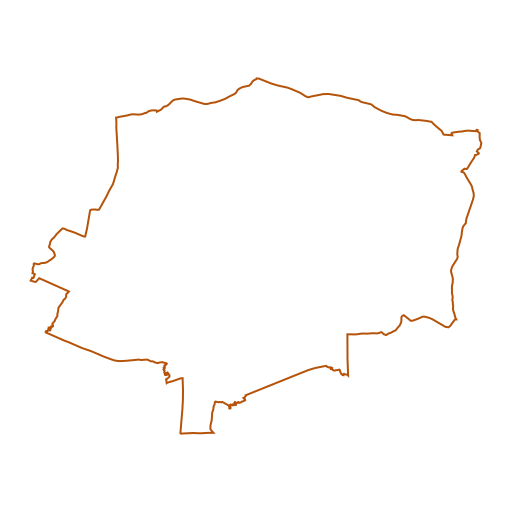 Boghicea, Neamt, Romania
{"feature_id": "2599482B80770086652967", "entity_name": "Boghicea", "entity_type": "district", "adm_level": 2, "iso_a3": "ROU", "parent_name": "Romania", "parent_adm1": "Neamt", "projection": "orthographic", "projection_center": [27.101, 47.06], "detail": "fine", "context": "isolated", "style": "outline", "palette": "amber", "viewbox_px": 512, "rotation_deg": 0, "n_neighbors": 0, "source": "geoboundaries", "source_scale": "gbopen_adm2", "svg_char_len": 5986}
<svg xmlns="http://www.w3.org/2000/svg" viewBox="0 0 512 512"><path d="M479.7,133.1L477.0,131.0L477.6,130.1L476.8,129.8L476.3,130.2L475.6,131.2L467.8,130.6L464.4,131.0L462.2,131.5L459.8,131.6L453.9,132.4L451.8,133.0L451.5,133.3L452.3,135.3L443.6,134.6L441.5,130.7L439.3,129.0L434.4,124.8L431.4,121.7L430.0,121.6L426.5,120.9L418.3,120.0L416.1,120.2L412.8,120.0L409.9,118.9L406.7,117.0L404.9,116.2L397.7,114.9L392.5,114.5L386.7,112.9L381.5,110.8L374.5,107.1L372.0,104.9L370.7,104.2L361.8,102.1L360.6,101.6L358.7,100.2L346.8,97.7L340.8,95.9L328.8,94.0L323.3,94.1L310.7,96.6L309.0,97.2L307.4,97.1L305.1,96.0L300.4,92.9L291.5,89.1L287.4,87.6L278.2,85.6L271.5,83.6L258.9,78.6L256.6,78.4L256.4,79.1L254.1,80.2L252.6,81.4L250.8,84.1L249.1,85.7L243.2,86.9L240.4,88.0L237.7,89.8L236.2,92.5L235.3,93.4L233.9,94.3L229.9,96.2L225.0,98.9L219.7,100.9L215.5,102.3L210.7,103.0L207.7,103.9L204.6,104.0L194.9,101.2L190.0,99.5L183.7,98.5L180.3,98.7L174.9,99.6L173.3,100.2L171.1,102.1L169.1,104.3L167.9,105.2L166.3,106.2L164.1,106.6L163.6,106.9L161.3,109.4L160.2,110.1L156.9,111.7L156.7,110.5L153.1,110.3L151.4,110.5L149.0,111.0L146.2,112.9L144.7,113.1L143.4,113.7L141.1,114.4L138.7,114.6L133.3,114.3L131.2,114.4L126.5,115.6L119.2,116.9L117.5,117.4L116.1,117.6L116.4,122.9L116.3,127.8L117.3,144.3L117.9,156.6L118.0,161.1L117.7,164.9L117.9,166.7L117.7,168.5L116.5,172.8L114.9,177.5L114.0,180.9L112.8,184.4L109.3,190.5L106.4,196.5L99.0,209.7L96.9,209.8L95.3,209.5L93.0,209.5L91.3,209.7L90.5,210.0L90.1,210.5L87.0,228.6L85.2,236.5L84.1,236.5L83.0,236.2L74.4,232.5L66.9,230.0L64.5,228.8L62.7,228.4L62.2,228.7L56.8,233.9L54.1,237.4L51.6,239.6L51.1,240.7L50.6,241.2L50.2,242.3L50.0,243.7L49.1,246.5L49.1,247.2L49.9,248.2L52.6,250.5L53.9,252.2L54.6,254.0L54.9,255.3L54.5,256.6L51.6,259.1L46.6,262.4L44.7,262.9L41.3,263.1L39.1,264.2L38.0,264.3L34.4,263.4L33.9,263.5L33.7,263.9L33.8,265.6L33.6,266.2L33.0,267.5L32.6,268.8L32.6,269.8L32.9,271.4L32.8,272.5L32.5,273.1L34.8,274.2L33.5,277.9L33.1,278.0L32.2,277.7L30.7,280.6L34.5,281.8L35.6,281.9L36.1,281.7L39.2,278.2L68.9,291.5L67.7,293.0L66.5,293.8L66.1,295.0L66.2,296.4L65.8,297.5L64.9,298.9L63.6,299.8L62.5,302.1L58.4,307.9L58.1,311.2L57.3,314.4L57.4,316.0L55.5,319.0L54.7,321.0L52.5,323.5L52.4,324.7L53.0,325.3L53.1,325.7L52.9,326.3L51.4,326.5L51.7,327.2L51.0,328.1L50.2,327.3L50.0,327.5L49.9,328.2L49.7,328.2L49.1,327.7L48.7,327.6L48.7,328.0L49.0,328.9L48.3,328.9L48.2,329.1L48.2,329.4L48.7,329.6L50.2,329.4L50.4,329.6L50.3,330.2L49.8,330.5L49.6,330.4L49.4,329.7L49.2,329.7L48.7,330.2L48.1,330.3L47.4,331.2L46.3,331.0L45.8,331.4L45.7,332.4L65.0,340.9L68.6,342.2L81.9,348.0L91.0,351.1L104.0,356.7L110.2,359.0L114.7,360.5L118.0,361.0L120.4,361.1L126.2,360.8L138.7,359.6L141.2,360.0L146.5,359.6L148.1,359.9L150.7,361.3L153.1,361.4L154.3,362.2L156.7,362.9L157.9,363.1L159.9,362.4L162.5,362.2L163.3,362.5L166.5,363.3L166.8,363.7L166.5,364.3L165.5,364.6L165.4,364.7L165.5,364.9L165.5,365.1L164.6,365.3L164.4,365.5L164.8,367.0L164.6,367.4L163.7,367.6L163.8,368.1L164.5,368.3L163.5,369.4L163.7,370.0L164.6,370.4L164.6,371.0L164.2,372.2L164.3,372.7L165.4,373.0L165.4,373.4L164.8,374.4L164.9,374.8L165.6,375.1L167.3,374.7L166.6,373.8L166.5,373.4L166.7,373.0L167.5,372.5L169.4,375.1L169.5,376.3L169.3,376.9L167.0,378.9L166.1,379.3L166.7,383.1L167.2,382.7L174.1,380.7L179.2,378.8L180.9,378.3L182.6,378.2L183.0,390.1L182.9,399.8L182.4,409.2L180.4,433.1L180.8,433.6L193.1,433.0L200.1,433.3L207.7,432.9L213.4,432.8L211.6,430.8L210.5,429.2L210.4,428.5L210.5,425.3L211.5,421.1L211.8,419.2L212.2,412.6L213.3,409.5L213.6,406.4L214.5,404.6L215.0,401.9L215.4,401.6L218.3,402.2L219.6,402.0L221.4,402.3L222.3,401.9L228.5,405.4L229.3,406.9L229.3,407.6L229.2,408.2L229.4,408.5L230.0,408.6L230.5,408.3L230.5,407.1L230.2,406.5L229.6,406.0L229.5,405.6L230.5,404.5L231.4,405.0L232.3,404.6L232.3,405.3L232.7,405.4L234.6,404.9L235.7,405.0L236.1,404.8L236.1,404.2L235.0,404.1L234.3,403.2L234.5,402.5L234.9,402.0L235.3,402.1L236.0,402.9L236.5,403.0L237.2,402.9L238.0,402.1L238.4,402.0L238.7,402.2L239.0,402.9L239.4,402.9L240.8,402.4L241.4,401.9L244.9,400.5L245.2,400.1L245.0,399.3L243.7,398.4L243.4,398.0L244.8,397.3L245.2,396.3L245.8,395.9L245.7,395.3L246.3,395.0L308.2,370.1L315.2,368.0L323.3,366.4L326.3,365.9L327.3,366.9L328.2,367.3L330.9,367.3L331.0,367.6L330.6,368.6L330.7,369.0L331.0,369.1L331.3,368.8L331.7,367.8L332.0,367.9L332.2,368.0L332.1,369.3L332.2,369.5L333.8,370.5L334.8,370.6L336.1,370.1L337.5,370.1L339.4,369.6L339.7,369.8L340.0,371.1L341.1,373.7L342.6,375.1L343.4,375.2L343.5,374.1L344.0,373.8L344.7,374.3L347.3,374.7L348.1,375.5L347.5,359.1L347.4,334.3L354.4,334.4L356.9,334.3L360.7,333.7L364.3,333.5L366.2,333.7L373.3,333.2L376.6,333.4L378.5,333.2L381.2,332.1L381.8,332.4L383.8,334.2L386.1,335.1L388.7,333.4L390.6,332.9L394.2,330.9L395.6,330.4L397.5,327.9L399.7,325.5L401.1,322.4L401.4,320.5L401.4,317.7L401.6,316.8L402.1,316.1L403.8,315.2L408.8,319.1L410.3,320.5L411.1,320.8L412.9,320.6L417.7,318.9L422.4,316.8L423.4,316.6L424.9,316.7L429.3,317.9L432.3,319.2L445.3,326.8L448.4,327.3L449.8,326.3L451.0,325.0L451.5,324.1L454.8,319.7L455.6,319.4L456.3,319.4L455.3,317.5L454.4,313.9L453.3,310.8L452.9,308.4L453.2,305.8L452.8,304.1L452.8,301.8L452.3,300.1L452.7,297.3L452.6,296.1L452.1,293.9L451.9,292.0L452.1,290.3L451.9,288.7L451.9,286.7L452.1,285.1L452.6,283.3L452.9,279.1L452.6,277.3L451.2,272.3L451.1,271.5L451.1,270.1L451.8,267.7L452.3,266.4L456.9,259.2L457.5,257.8L457.7,256.5L457.3,254.7L457.5,250.2L458.0,247.7L459.1,244.6L461.4,236.2L461.9,232.2L462.6,227.9L463.2,226.4L465.9,222.9L465.9,221.8L466.5,218.4L473.0,199.5L473.8,196.1L473.6,193.0L472.5,189.2L472.1,187.2L471.4,185.3L466.5,177.2L464.5,173.4L463.4,172.3L461.8,172.0L461.4,171.8L461.4,171.6L462.0,170.6L463.7,169.4L464.4,168.7L466.7,169.0L467.1,168.8L471.4,161.8L473.9,158.1L474.6,156.7L475.0,155.1L476.2,155.0L478.8,153.6L478.8,153.2L476.8,151.3L478.2,149.2L479.8,148.5L480.1,148.2L480.7,146.1L481.3,143.2L481.2,142.5L480.0,140.2L479.6,137.2L479.7,133.1Z" fill="none" stroke="#b45309" stroke-width="2"/></svg>